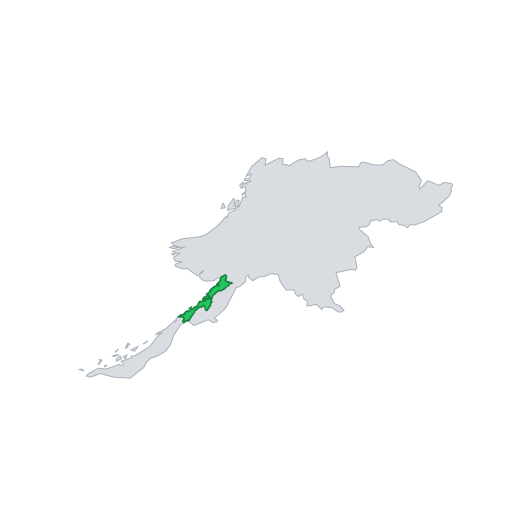 Myanmar, with Mon highlighted, rotated 65°
{"feature_id": "MMR-3270", "entity_name": "Mon", "entity_type": "State", "adm_level": 1, "iso_a3": "MMR", "parent_name": "Myanmar", "parent_adm1": "", "projection": "robinson", "projection_center": [97.638, 16.295], "detail": "fine", "context": "in_parent", "style": "filled", "palette": "green", "viewbox_px": 512, "rotation_deg": 65, "n_neighbors": 0, "source": "natural_earth", "source_scale": "10m", "svg_char_len": 9209}
<svg xmlns="http://www.w3.org/2000/svg" viewBox="0 0 512 512"><g transform="rotate(65 256 256)"><path d="M323.0,230.9L318.5,228.5L315.2,230.7L310.1,229.9L310.7,234.6L307.8,236.2L302.7,235.8L299.7,243.1L289.1,244.9L282.2,243.6L278.3,250.1L278.1,257.4L276.2,261.9L277.0,269.5L272.5,271.6L269.7,271.1L271.2,274.6L274.8,276.2L276.8,284.1L276.2,287.2L290.5,305.6L294.8,320.0L298.2,318.0L299.2,319.5L297.9,323.3L293.5,326.2L292.8,341.5L285.7,345.1L285.9,350.2L286.7,353.8L293.1,364.0L300.2,370.9L304.2,378.4L305.0,389.2L304.0,393.7L305.8,400.2L309.5,404.5L313.6,421.6L305.3,436.7L296.8,446.6L295.8,457.2L293.0,460.6L291.7,457.3L291.1,446.3L295.2,439.4L296.5,425.9L299.1,423.0L297.7,421.7L294.4,422.6L295.6,411.7L293.7,411.3L295.3,408.9L293.2,390.8L286.7,378.0L285.9,372.5L284.9,379.9L284.1,378.5L283.9,368.4L280.2,357.5L280.6,356.5L282.3,357.5L280.7,355.0L279.4,355.5L278.3,352.9L276.3,330.1L273.8,326.9L274.8,317.1L276.6,314.7L269.8,315.7L266.6,307.4L266.3,302.9L259.6,296.1L260.7,298.2L259.5,300.5L260.7,304.3L257.9,311.5L255.1,314.8L251.3,316.1L248.4,314.0L247.8,310.3L246.6,310.2L249.3,317.4L238.3,323.6L236.7,327.9L231.0,333.6L229.3,332.8L230.2,325.2L226.8,331.3L222.3,331.4L221.3,323.3L219.5,328.0L216.8,329.5L217.7,315.9L216.9,319.9L212.5,325.3L208.3,327.0L209.2,315.8L215.0,298.1L215.5,292.3L212.5,278.2L207.5,266.3L209.0,266.1L205.6,262.7L205.1,253.9L203.1,257.1L202.8,262.6L198.5,259.7L194.4,252.1L196.1,251.4L200.9,255.0L203.5,253.0L204.2,250.5L196.8,243.0L198.7,240.0L196.2,240.0L189.8,236.4L188.0,237.1L188.8,240.3L187.4,241.2L185.0,236.3L186.8,233.9L185.3,233.9L186.3,229.6L185.7,228.9L182.7,234.6L180.9,233.3L182.9,230.4L182.1,228.7L179.4,225.4L179.6,231.4L173.0,222.0L169.3,209.1L172.3,205.8L177.4,209.6L177.1,193.8L179.3,190.4L184.6,193.2L186.2,189.2L188.3,188.2L186.9,177.3L188.6,170.3L192.2,169.1L193.1,163.4L193.6,155.7L191.9,147.2L195.1,149.2L198.8,148.5L207.3,151.4L210.5,141.4L218.6,125.2L215.7,121.5L216.2,119.1L223.3,110.6L226.9,103.0L225.4,96.2L226.9,90.6L233.3,87.0L247.2,75.8L257.6,74.2L261.8,78.6L264.6,79.0L260.3,68.5L269.1,60.6L268.9,54.4L273.0,47.9L275.3,48.1L277.4,51.3L279.6,51.3L283.6,56.1L287.5,69.3L290.4,66.9L294.2,68.8L295.9,88.3L294.9,99.7L292.6,102.3L294.4,107.0L290.7,108.7L288.2,113.2L284.5,113.5L282.0,119.7L278.3,120.7L276.3,125.5L276.8,129.2L273.8,131.3L272.8,137.6L275.4,140.1L276.2,143.5L273.5,150.6L275.8,150.9L285.9,146.2L293.1,147.1L297.9,145.9L294.9,150.7L297.9,157.0L298.5,166.7L309.2,169.4L310.9,171.9L308.6,174.9L304.9,190.5L318.9,192.7L319.4,198.7L322.4,200.9L322.8,204.2L324.7,205.3L332.2,205.1L336.6,201.0L342.4,199.2L342.7,202.7L341.4,205.2L335.2,208.7L330.9,215.8L330.7,217.4L332.6,218.8L325.4,221.7L323.0,230.9ZM198.8,247.9L203.2,250.8L202.4,252.9L199.5,253.1L197.4,249.3L198.8,247.9ZM288.1,401.6L291.0,406.1L288.1,409.2L288.1,401.6ZM198.2,267.4L195.8,265.7L194.3,263.3L199.3,263.3L198.2,267.4ZM292.2,421.1L292.3,427.0L290.5,426.4L289.3,421.4L292.2,421.1ZM214.9,326.9L211.9,330.7L211.5,327.5L215.6,322.8L214.9,326.9ZM273.6,321.7L271.8,320.5L271.6,317.1L273.0,316.1L274.1,317.8L273.6,321.7ZM286.3,428.4L285.9,426.4L287.8,421.6L287.5,425.8L286.3,428.4ZM285.3,439.5L287.7,444.0L287.3,444.9L285.0,441.4L283.5,441.6L285.3,439.5ZM293.9,417.7L291.3,419.0L291.1,414.8L293.9,417.7ZM287.7,460.3L284.3,464.1L284.7,462.0L287.7,460.3ZM184.2,237.0L185.4,241.8L183.3,236.1L184.2,237.0ZM288.1,392.2L288.0,395.8L287.1,389.9L288.1,392.2ZM194.5,240.4L194.9,243.5L193.0,239.1L194.5,240.4ZM284.6,413.4L282.7,411.5L283.4,410.2L284.4,410.5L284.6,413.4ZM283.3,408.0L282.0,410.5L280.8,409.0L281.8,407.9L283.3,408.0ZM283.5,422.7L283.6,424.8L282.2,419.9L283.5,422.7ZM219.6,331.4L218.2,331.3L220.0,328.9L220.2,329.8L219.6,331.4ZM292.6,439.9L291.3,439.5L292.3,437.1L292.6,439.9Z" fill="#d9dde1" stroke="#a8b0b8" stroke-width="1"/><path d="M286.0,344.8L285.4,344.8L285.4,345.0L285.7,345.7L285.6,346.1L285.2,346.9L285.1,347.3L285.2,347.9L285.8,348.6L285.9,349.0L285.9,349.3L285.7,349.7L285.7,349.9L284.6,349.9L284.3,349.9L283.9,349.7L283.6,349.5L283.4,349.2L282.7,347.8L282.5,347.5L282.3,347.5L282.2,347.5L281.7,347.7L281.3,347.8L280.0,348.0L279.9,348.1L279.8,348.3L279.7,349.1L279.6,349.7L279.4,350.2L279.1,350.9L278.7,351.6L278.4,352.0L277.9,352.4L278.0,352.2L278.1,351.9L278.1,351.4L278.1,351.1L278.3,350.8L278.3,350.6L278.3,350.1L278.1,349.7L277.9,349.5L277.5,349.3L277.6,349.1L277.8,349.0L278.0,349.0L277.9,348.4L278.2,348.0L278.2,347.6L278.2,345.8L278.2,345.4L278.5,345.0L277.9,345.0L277.6,345.0L277.4,344.7L276.9,343.7L276.9,343.2L276.9,342.6L276.8,342.4L276.6,342.1L276.7,341.9L276.9,341.7L277.1,341.7L277.3,340.9L277.4,341.0L277.5,340.9L277.9,340.6L277.8,340.3L277.3,338.7L277.3,338.4L277.5,337.8L277.4,337.6L276.9,336.2L277.0,335.9L277.0,335.7L276.9,335.5L276.9,335.4L276.9,335.2L276.9,334.9L276.8,334.5L276.6,334.0L276.6,333.8L276.7,333.5L276.7,333.3L276.4,333.0L276.3,332.8L276.4,332.6L276.5,332.5L276.6,332.3L276.6,330.9L276.5,330.6L276.2,330.5L276.3,329.9L275.9,329.3L274.8,328.5L274.3,327.7L273.8,327.2L273.6,327.0L273.7,326.9L273.5,326.0L273.5,325.7L273.8,325.4L274.1,325.3L274.4,325.0L274.5,324.6L274.9,322.0L275.1,321.6L275.1,321.3L275.1,321.0L275.0,320.8L274.8,320.4L274.6,319.5L274.6,318.5L274.6,317.6L274.8,316.7L275.1,316.0L275.6,315.4L276.1,315.0L276.9,314.9L277.1,315.0L277.7,315.8L278.1,315.7L278.9,315.3L279.1,315.4L279.0,315.9L279.2,316.5L279.3,316.6L279.8,316.8L280.0,317.0L280.2,317.6L280.4,317.8L280.5,317.8L281.2,317.9L281.3,317.9L281.5,317.8L281.7,318.0L281.8,318.3L281.9,318.8L282.0,319.6L282.0,319.8L282.2,320.0L282.4,320.0L282.7,320.2L282.9,320.4L283.1,320.8L283.4,321.0L283.5,321.2L283.6,321.4L283.6,321.7L283.5,321.8L283.8,322.1L283.9,322.3L284.5,322.9L284.6,323.1L284.6,323.5L284.3,323.8L284.0,324.0L283.7,324.2L283.6,324.3L283.5,324.6L283.4,324.6L282.8,324.4L282.6,324.3L282.2,324.0L282.0,323.9L281.2,324.0L280.6,324.1L280.4,324.2L279.3,324.2L278.5,324.4L278.5,324.6L278.9,325.4L279.0,325.6L279.0,326.0L279.3,326.4L279.3,326.5L279.2,326.8L279.0,327.3L278.9,327.7L278.8,328.1L278.8,328.9L278.7,329.3L278.7,329.7L278.8,330.6L279.0,330.9L279.3,331.6L279.3,332.0L279.5,332.4L279.5,332.9L279.7,333.2L279.7,333.3L279.5,333.6L279.4,334.1L279.4,334.4L279.5,334.6L280.1,334.8L280.5,335.2L280.8,335.3L280.9,335.6L281.0,336.1L281.1,336.3L281.6,336.8L281.9,337.1L282.2,337.8L282.8,338.5L283.4,340.0L283.5,340.1L283.8,340.4L284.1,340.9L284.3,341.3L284.4,341.7L284.8,342.2L285.0,342.4L285.6,343.0L285.8,343.3L286.0,343.9L286.0,344.1L286.0,344.6L286.0,344.8ZM276.1,314.5L275.2,315.3L274.7,315.5L274.4,315.5L273.1,315.3L272.6,315.4L272.2,315.5L271.9,315.7L271.7,315.8L271.2,315.6L270.7,315.7L270.3,315.8L270.0,316.1L269.6,316.6L269.0,313.3L269.0,312.7L268.9,312.2L268.5,312.8L268.0,312.6L267.4,311.8L267.1,311.0L266.9,310.2L266.9,309.6L267.2,309.1L267.0,308.8L267.0,308.6L267.0,308.4L267.1,307.8L266.8,308.3L266.7,308.6L266.7,308.9L266.5,308.7L266.4,308.5L266.4,308.2L266.4,307.8L266.7,307.2L266.4,307.1L266.2,307.2L266.0,306.8L266.1,306.2L266.3,305.1L266.3,304.7L266.2,304.5L265.9,304.2L265.6,303.7L265.5,303.4L265.5,303.1L265.8,302.5L266.4,302.7L267.0,302.9L267.5,302.6L266.8,302.2L266.4,302.1L266.0,302.0L265.5,302.1L265.3,302.4L265.2,302.8L265.0,303.2L264.7,302.8L264.4,302.0L264.3,301.3L264.6,300.9L264.2,300.7L264.0,300.3L264.0,299.9L263.8,299.4L263.4,299.2L262.9,299.0L262.6,298.8L262.7,298.3L260.6,296.6L260.4,296.4L260.3,296.2L260.2,295.8L260.3,295.1L260.2,294.8L260.2,292.3L260.3,291.6L260.8,291.3L261.1,291.4L261.4,291.4L261.7,291.3L261.9,291.3L262.2,291.4L262.5,291.5L263.1,292.3L263.7,292.6L264.0,292.7L264.1,292.8L264.4,293.0L264.5,293.2L264.6,293.5L264.6,293.8L264.7,294.2L264.8,294.3L265.2,294.2L266.3,293.6L266.7,293.3L266.9,293.1L267.0,292.8L267.3,292.8L267.4,292.3L267.5,292.1L268.0,291.6L268.7,291.9L268.8,291.8L269.1,291.4L269.1,290.8L269.4,290.3L269.8,289.9L269.7,289.5L269.8,289.3L270.0,289.3L270.3,289.4L270.5,289.2L270.7,289.4L270.7,289.6L270.6,289.8L270.1,290.1L269.9,290.7L269.9,290.9L270.4,292.3L270.5,292.4L270.8,292.7L271.1,292.9L271.3,293.1L271.4,293.3L271.1,294.5L271.3,295.0L271.4,295.3L271.4,295.7L271.6,296.5L271.8,296.8L272.1,297.4L272.4,297.7L272.6,298.3L272.5,298.6L272.3,298.9L272.2,299.0L272.3,299.2L272.6,300.3L272.6,300.5L272.4,300.9L272.7,301.9L272.8,302.1L272.6,302.7L272.4,302.8L272.2,303.2L271.9,303.4L271.9,303.6L272.0,303.7L272.1,304.0L271.9,304.4L271.6,304.4L271.6,304.5L271.7,305.5L272.2,306.3L272.2,306.5L272.1,306.8L272.1,307.2L272.1,307.5L272.4,308.0L272.5,308.2L272.8,308.5L272.8,309.0L273.2,309.7L273.2,310.0L273.2,310.3L273.3,311.1L273.4,311.3L274.0,312.2L274.4,312.6L274.7,312.8L274.8,312.9L274.9,313.1L274.8,313.4L275.2,313.9L275.3,314.0L275.5,314.0L275.9,313.9L276.0,313.9L276.0,314.0L276.1,314.5ZM273.9,318.1L273.9,318.4L274.0,319.3L273.9,319.8L273.8,320.0L273.6,320.4L273.5,320.7L273.5,320.9L273.5,321.7L273.6,322.4L273.1,322.9L272.5,322.7L272.4,321.7L272.2,321.3L271.4,320.6L271.6,319.9L271.8,319.7L271.9,319.2L271.8,318.7L271.6,318.2L271.4,317.8L271.3,317.6L271.2,317.3L271.3,317.2L271.5,316.9L271.4,316.7L271.6,316.4L271.9,316.2L272.3,316.0L272.6,315.9L273.4,316.4L273.8,316.5L274.2,316.6L274.3,317.0L274.3,317.4L273.9,318.1ZM275.4,337.1L275.5,337.4L275.5,337.8L275.5,338.1L275.4,338.4L275.2,338.0L275.1,336.5L275.3,336.7L275.4,337.1Z" fill="#22c55e" stroke="#15803d" stroke-width="1.5"/></g></svg>